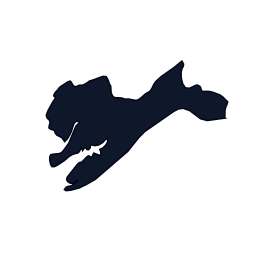 Tombali, Equal Earth projection, rotated 28°
{"feature_id": "GNB-778", "entity_name": "Tombali", "entity_type": "Region", "adm_level": 1, "iso_a3": "GNB", "parent_name": "Guinea-Bissau", "parent_adm1": "", "projection": "equal_earth", "projection_center": [-15.06, 11.313], "detail": "fine", "context": "isolated", "style": "filled", "palette": "ink", "viewbox_px": 256, "rotation_deg": 28, "n_neighbors": 0, "source": "natural_earth", "source_scale": "10m", "svg_char_len": 2365}
<svg xmlns="http://www.w3.org/2000/svg" viewBox="0 0 256 256"><g transform="rotate(28 128 128)"><path d="M209.0,73.7L194.5,84.2L187.8,85.8L174.3,83.7L167.5,84.7L163.6,87.5L160.6,91.8L144.5,123.2L142.0,131.5L138.8,148.7L123.2,188.8L117.7,197.5L113.1,203.8L106.8,209.7L102.6,212.5L100.7,212.2L101.2,209.3L102.3,207.8L103.8,206.8L105.2,205.4L107.6,200.5L108.6,199.3L108.6,197.8L107.4,197.8L106.7,199.9L105.9,201.6L104.7,203.0L103.0,203.8L101.1,203.9L99.3,203.4L97.9,202.1L97.4,200.1L100.3,184.0L101.3,181.3L103.0,180.1L104.0,177.2L104.8,174.0L105.8,171.5L106.7,170.9L108.8,171.1L109.6,170.7L109.8,169.9L109.5,166.9L109.6,166.2L116.4,165.4L116.1,163.6L115.3,162.1L114.2,161.0L113.1,160.2L115.3,157.1L116.5,153.0L116.4,149.1L114.1,146.7L112.6,152.5L110.2,156.6L106.9,159.2L103.0,160.2L103.9,163.7L103.2,165.9L101.5,166.3L99.7,164.7L99.4,165.8L98.9,166.7L98.6,167.7L98.5,169.2L97.9,168.6L96.2,167.7L96.1,171.9L95.2,173.9L93.5,175.3L91.3,177.6L89.4,180.8L87.0,186.9L82.8,194.5L81.0,196.8L79.0,197.8L76.9,196.6L74.4,193.7L72.5,190.4L72.3,188.0L74.1,186.3L79.0,183.1L80.7,181.3L81.5,178.8L82.8,169.2L81.1,150.7L82.8,145.4L79.2,146.1L78.2,149.4L78.8,153.6L79.6,157.4L79.8,160.7L79.6,166.0L78.5,169.8L74.2,167.6L68.5,167.7L66.8,167.0L65.5,166.1L64.6,165.2L63.9,164.7L60.1,165.4L58.1,165.0L57.2,162.5L56.8,160.1L55.6,158.5L54.0,157.6L52.2,157.4L49.8,155.1L49.2,149.7L49.4,139.3L49.8,136.9L49.7,135.4L48.8,134.8L47.8,134.7L47.3,134.5L47.1,133.8L47.0,132.4L47.2,130.1L48.1,127.2L48.3,124.9L49.1,122.9L53.2,115.5L54.9,113.7L56.0,114.0L59.3,116.0L61.2,116.5L62.8,115.8L65.1,112.9L66.7,112.2L68.4,110.9L70.3,108.0L72.0,104.5L73.5,103.1L81.6,94.2L84.5,92.9L85.3,93.3L88.3,95.3L91.0,97.9L92.3,98.6L92.9,99.0L93.4,99.6L96.0,103.9L96.7,104.8L97.7,105.8L99.5,107.0L100.8,107.3L102.0,107.4L107.9,104.6L111.8,103.8L112.7,103.5L114.2,102.5L115.0,102.1L121.3,100.2L122.8,99.3L123.7,98.4L125.5,94.8L127.4,89.6L128.4,88.0L129.1,87.0L129.6,86.2L130.0,85.3L130.2,84.2L130.4,83.0L130.5,81.7L130.3,77.6L130.6,74.9L130.8,73.6L133.0,67.3L140.3,52.9L144.2,43.5L147.1,45.5L147.8,47.4L147.8,49.9L148.6,53.5L151.3,58.5L155.3,63.1L159.8,65.6L163.7,64.0L168.1,58.1L169.7,57.4L172.4,57.6L173.0,58.1L174.8,60.0L175.9,60.6L177.3,60.4L181.9,57.8L185.6,56.7L193.1,55.7L196.8,56.0L203.8,58.1L204.4,61.3L204.4,62.9L205.2,66.7L208.9,73.7L209.0,73.7Z" fill="#0f172a" stroke="#020617" stroke-width="1.5"/></g></svg>